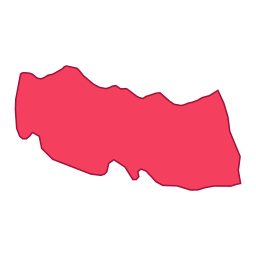 the Province of Trabzon
{"feature_id": "TUR-2302", "entity_name": "Trabzon", "entity_type": "Province", "adm_level": 1, "iso_a3": "TUR", "parent_name": "Turkey", "parent_adm1": "", "projection": "natural_earth1", "projection_center": [39.741, 40.811], "detail": "fine", "context": "isolated", "style": "filled", "palette": "rose", "viewbox_px": 256, "rotation_deg": 0, "n_neighbors": 0, "source": "natural_earth", "source_scale": "10m", "svg_char_len": 1090}
<svg xmlns="http://www.w3.org/2000/svg" viewBox="0 0 256 256"><path d="M20.5,74.2L21.8,73.1L23.8,72.7L29.2,73.1L32.2,74.1L37.3,78.2L41.0,78.8L43.7,77.9L48.2,75.1L51.5,74.6L53.4,73.9L62.2,68.9L63.2,68.1L63.8,67.2L64.8,66.5L66.7,66.0L77.0,68.3L79.3,70.6L83.5,75.8L93.2,84.0L99.5,87.4L106.0,88.6L109.3,87.6L112.6,86.1L115.9,85.6L120.3,88.7L122.1,88.9L125.7,88.6L127.2,89.1L137.0,96.5L139.9,97.8L143.0,98.5L145.7,96.6L156.0,93.2L160.0,92.8L169.5,101.2L174.2,104.3L180.8,105.5L183.6,105.0L188.4,103.1L192.2,102.3L198.1,100.1L201.9,97.7L209.5,95.6L217.9,90.4L223.8,103.2L227.9,116.9L229.8,131.5L240.1,156.5L238.3,170.4L240.6,183.5L237.3,184.1L230.8,186.1L213.9,186.0L205.7,187.5L197.7,189.9L190.6,190.0L176.9,185.8L162.8,185.4L156.1,181.8L146.0,170.9L141.1,169.1L139.9,169.8L137.8,171.7L138.8,176.7L136.3,179.5L132.9,179.6L125.0,167.0L113.8,159.7L108.7,163.4L106.8,171.8L104.2,174.3L100.8,175.3L91.0,174.1L52.7,159.3L41.7,148.4L39.3,136.3L32.4,132.4L29.6,136.1L26.3,138.8L22.7,138.7L19.7,136.2L16.7,128.4L15.4,109.5L15.8,99.2L20.5,74.2Z" fill="#f43f5e" stroke="#9f1239" stroke-width="1.5"/></svg>